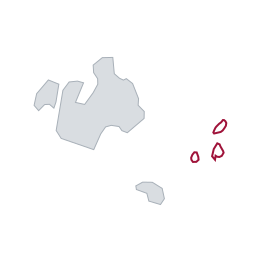 Kumlinge highlighted on a map of Aland, rotated 24°
{"feature_id": "ALD-4822", "entity_name": "Kumlinge", "entity_type": "state/province", "adm_level": 1, "iso_a3": "ALA", "parent_name": "Aland", "parent_adm1": "", "projection": "albers", "projection_center": [20.759, 60.281], "detail": "fine", "context": "in_parent", "style": "outline", "palette": "rose", "viewbox_px": 256, "rotation_deg": 24, "n_neighbors": 0, "source": "natural_earth", "source_scale": "10m", "svg_char_len": 1300}
<svg xmlns="http://www.w3.org/2000/svg" viewBox="0 0 256 256"><g transform="rotate(24 128 128)"><path d="M99.9,86.0L104.3,86.1L106.4,83.6L114.1,85.5L125.7,96.9L128.0,103.1L136.1,106.3L138.8,112.7L129.3,132.6L123.5,132.9L119.2,130.3L111.6,132.4L107.1,136.1L105.5,144.4L105.5,161.7L71.2,164.7L63.4,159.5L53.2,120.0L55.5,109.9L62.8,105.7L69.0,104.8L69.6,126.0L78.8,124.1L81.8,110.1L82.6,100.3L80.2,95.3L74.1,91.4L70.6,84.7L75.9,74.2L85.4,69.7L93.4,84.0L99.9,86.0ZM51.6,133.5L52.2,140.0L46.6,138.3L42.3,140.5L39.3,148.5L33.0,145.5L30.6,133.8L35.7,116.5L47.0,116.1L51.6,133.5ZM190.0,177.8L188.8,184.7L176.8,186.3L171.8,180.0L160.7,180.8L158.7,177.7L163.4,171.5L172.3,167.7L183.8,169.3L190.0,177.8Z" fill="#d9dde1" stroke="#a8b0b8" stroke-width="1"/><path d="M220.4,121.6L216.3,119.6L214.9,112.3L215.8,105.7L218.4,105.7L219.9,107.2L224.3,110.4L225.4,111.7L225.0,115.3L223.3,117.3L221.1,118.0L219.3,117.7L220.4,121.6ZM214.3,93.9L208.9,98.0L207.8,97.4L207.7,95.5L207.7,94.5L207.8,92.0L208.2,90.6L209.4,87.4L209.9,86.4L210.5,85.5L211.1,83.8L211.4,82.2L212.4,81.7L214.2,82.2L215.8,83.5L216.5,86.2L216.1,89.1L215.5,91.8L214.3,93.9ZM200.7,122.4L203.9,125.7L205.4,128.3L204.2,131.1L201.1,132.6L198.8,131.2L197.8,129.5L197.7,126.2L198.5,123.2L200.7,122.4Z" fill="none" stroke="#9f1239" stroke-width="2"/></g></svg>